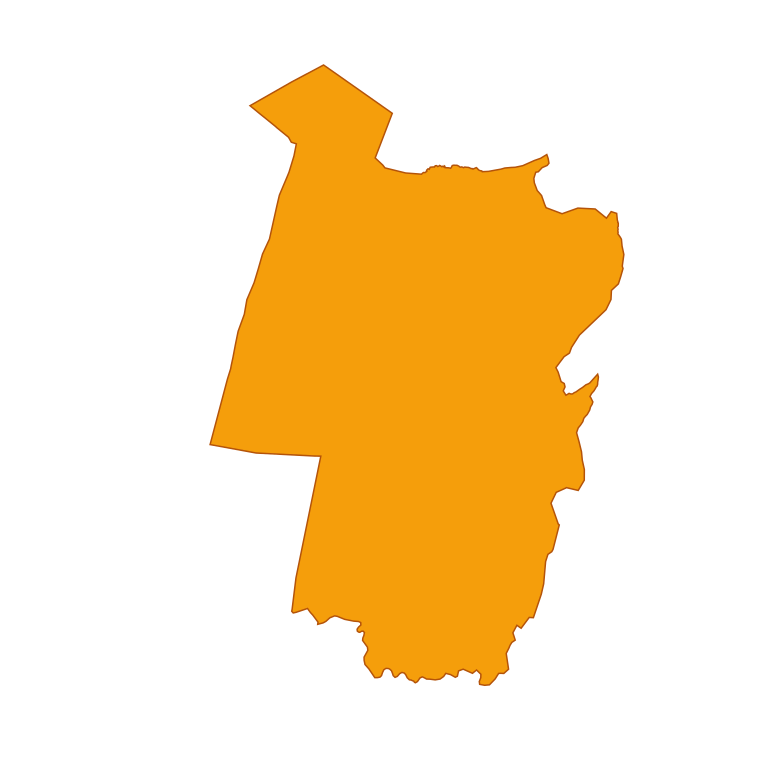 Safana, Katsina, Nigeria, rotated 20°
{"feature_id": "59680162B21692666530817", "entity_name": "Safana", "entity_type": "district", "adm_level": 2, "iso_a3": "NGA", "parent_name": "Nigeria", "parent_adm1": "Katsina", "projection": "equal_earth", "projection_center": [7.279, 12.516], "detail": "fine", "context": "isolated", "style": "filled", "palette": "amber", "viewbox_px": 768, "rotation_deg": 20, "n_neighbors": 0, "source": "geoboundaries", "source_scale": "gbopen_adm2", "svg_char_len": 3986}
<svg xmlns="http://www.w3.org/2000/svg" viewBox="0 0 768 768"><g transform="rotate(20 384 384)"><path d="M515.7,654.0L517.2,652.2L517.8,650.0L518.3,648.0L520.1,646.1L522.6,646.3L524.9,646.7L528.0,645.7L533.3,644.5L537.6,642.1L540.1,638.4L541.0,634.8L545.9,634.3L551.3,635.2L552.9,633.5L552.2,628.1L555.9,624.9L566.1,625.6L568.8,621.1L574.3,623.6L575.4,626.9L575.3,631.0L576.6,633.5L581.6,632.7L586.0,630.6L589.3,623.2L590.7,616.8L592.4,616.0L595.6,615.0L598.6,609.4L591.0,595.4L591.7,589.3L591.8,586.5L592.5,583.1L594.9,579.8L590.2,573.7L591.4,565.3L596.4,566.6L600.3,553.7L604.3,552.5L603.7,527.7L602.4,517.2L596.6,495.6L596.3,488.0L599.0,484.2L599.4,481.6L596.9,456.5L595.4,455.8L595.4,455.7L581.7,438.9L582.9,426.9L590.5,419.5L590.8,419.0L602.9,417.6L605.1,405.9L601.5,395.8L596.4,387.8L592.8,380.2L587.0,371.5L581.6,363.9L581.5,358.9L582.7,355.4L583.7,351.4L583.5,347.9L584.3,345.6L585.4,343.1L586.2,338.2L585.9,334.9L586.5,331.9L586.4,329.4L584.8,327.9L583.0,326.1L581.8,325.4L582.3,322.0L583.6,318.7L584.2,315.9L584.4,314.3L585.0,312.9L584.8,311.1L584.2,309.3L583.8,307.0L583.1,304.1L581.4,301.7L577.1,312.4L576.7,313.0L576.1,313.8L574.0,315.7L571.7,319.4L569.6,322.1L567.1,325.8L565.7,327.1L564.6,328.8L563.0,329.5L561.1,329.5L560.1,330.8L558.8,332.3L554.8,329.2L555.1,324.8L553.2,321.9L549.6,321.2L543.6,313.3L539.9,309.8L541.8,303.5L543.9,296.7L547.7,291.5L547.7,285.4L550.9,271.2L567.2,238.3L568.4,227.0L565.7,218.2L570.0,209.8L569.7,202.1L569.1,193.7L567.6,191.8L565.1,180.3L560.5,172.9L557.6,166.8L555.9,165.3L552.4,162.9L552.1,161.3L551.3,160.1L551.1,158.7L550.0,156.8L550.2,155.7L549.7,154.3L549.1,152.6L548.4,152.3L548.2,151.5L547.2,150.2L544.3,144.1L538.5,144.3L536.3,152.1L522.6,147.3L506.0,152.4L493.1,163.1L476.0,162.9L473.7,160.5L467.6,153.0L461.8,149.8L456.5,143.6L454.5,139.6L454.3,136.3L454.2,133.1L456.4,131.8L458.6,126.6L462.6,122.8L463.5,120.1L461.1,115.9L458.5,112.7L453.9,118.4L448.8,122.6L439.7,131.4L433.1,135.5L429.5,137.0L423.7,139.7L420.4,142.1L409.4,148.5L403.7,150.9L403.0,150.3L401.8,150.6L400.5,150.6L399.2,150.3L398.2,149.6L397.4,149.3L396.7,149.1L395.9,149.9L394.8,150.9L394.1,151.6L393.2,151.4L392.1,151.8L390.6,151.6L389.2,151.6L387.2,152.2L385.7,152.5L384.8,153.5L383.6,153.4L382.6,153.5L381.5,154.2L379.7,153.7L377.9,153.5L376.1,154.1L374.5,154.6L373.4,155.4L373.2,157.3L372.8,158.5L371.0,158.7L369.0,159.3L367.4,159.8L366.7,158.6L366.0,158.4L366.0,159.5L365.3,159.6L364.5,159.4L363.7,160.1L362.7,159.7L361.5,159.6L361.0,160.5L360.1,161.3L358.8,160.8L357.5,161.4L357.2,162.8L356.5,163.0L354.7,163.8L353.3,164.5L353.1,165.9L353.1,166.8L351.8,166.7L351.3,167.8L350.9,168.6L351.5,169.4L350.7,170.6L350.2,171.4L349.0,171.6L348.2,172.5L347.5,174.0L332.2,178.3L311.0,180.6L308.0,178.7L298.4,174.6L299.2,126.8L218.1,104.9L194.3,131.3L162.9,168.3L174.5,172.4L191.1,178.1L194.8,179.4L194.9,179.5L195.0,179.6L209.9,184.8L214.2,188.5L219.5,188.3L220.7,196.0L221.4,200.5L222.3,217.4L222.1,222.4L221.1,242.2L221.4,244.9L222.5,254.0L226.8,287.0L225.4,303.4L226.5,319.0L227.3,333.2L226.3,351.7L228.9,366.3L228.9,384.2L229.3,387.1L230.8,397.2L233.0,410.7L234.1,418.7L234.7,422.2L235.2,432.9L241.3,500.4L287.4,492.6L343.2,475.5L349.3,473.4L367.6,596.3L374.7,627.1L375.0,629.1L377.0,630.2L379.5,628.6L388.9,621.1L393.0,623.9L396.1,625.5L403.4,630.3L403.9,632.5L408.5,629.3L410.6,626.9L413.1,622.2L416.9,618.8L419.6,618.3L427.5,618.6L436.6,617.2L441.3,615.9L443.7,616.1L444.7,618.4L443.2,621.2L442.6,623.6L443.4,625.3L444.9,625.8L446.2,625.6L447.5,624.0L448.9,623.4L450.6,624.2L451.1,627.2L451.0,630.0L451.6,632.3L458.4,636.9L459.9,639.8L458.7,647.5L459.9,650.6L462.1,654.1L467.1,656.8L472.1,660.4L475.8,663.1L478.4,662.1L480.5,660.8L481.4,658.9L481.3,655.5L481.6,652.5L483.1,650.6L485.2,649.9L486.7,649.9L489.1,650.9L491.1,653.2L492.4,654.9L494.7,655.9L496.5,654.2L497.8,650.8L499.5,648.9L502.0,648.7L503.9,649.8L506.3,652.1L509.0,653.3L510.9,652.9L512.2,653.1L513.6,653.0L514.6,653.9L515.7,654.0Z" fill="#f59e0b" stroke="#b45309" stroke-width="1.5"/></g></svg>